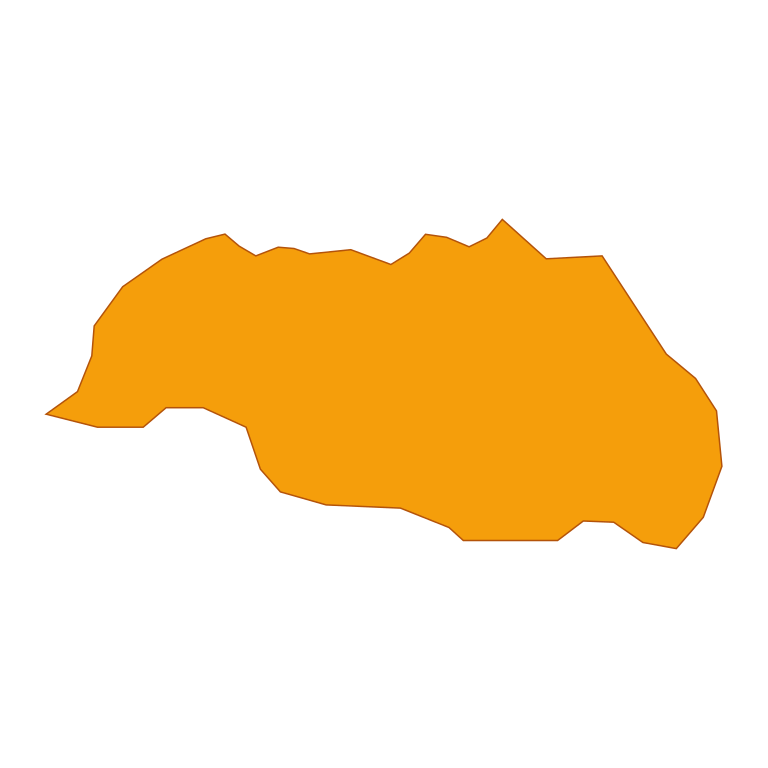 Otuke, Robinson projection
{"feature_id": "UGA-5607", "entity_name": "Otuke", "entity_type": "District", "adm_level": 1, "iso_a3": "UGA", "parent_name": "Uganda", "parent_adm1": "", "projection": "robinson", "projection_center": [33.299, 2.481], "detail": "fine", "context": "isolated", "style": "filled", "palette": "amber", "viewbox_px": 768, "rotation_deg": 0, "n_neighbors": 0, "source": "natural_earth", "source_scale": "10m", "svg_char_len": 666}
<svg xmlns="http://www.w3.org/2000/svg" viewBox="0 0 768 768"><path d="M94.2,325.9L122.7,286.7L161.9,259.2L205.7,238.8L225.0,234.1L239.1,246.1L255.8,255.9L278.2,247.2L294.0,248.5L309.6,253.9L350.8,249.7L390.9,264.5L409.3,253.1L425.5,234.3L446.6,237.3L469.1,246.8L486.9,238.0L502.3,219.4L546.2,258.8L602.1,255.9L666.3,354.1L695.6,378.5L716.5,410.9L721.9,466.3L703.3,517.3L676.3,548.6L642.9,542.5L613.7,522.2L583.3,521.0L557.6,540.5L463.3,540.5L449.0,527.5L400.4,508.1L326.1,504.9L280.4,491.9L260.4,469.2L246.1,427.2L203.2,407.7L166.1,407.7L143.2,427.2L97.5,427.2L46.1,414.2L77.5,391.6L91.8,355.9L94.2,325.9Z" fill="#f59e0b" stroke="#b45309" stroke-width="1.5"/></svg>